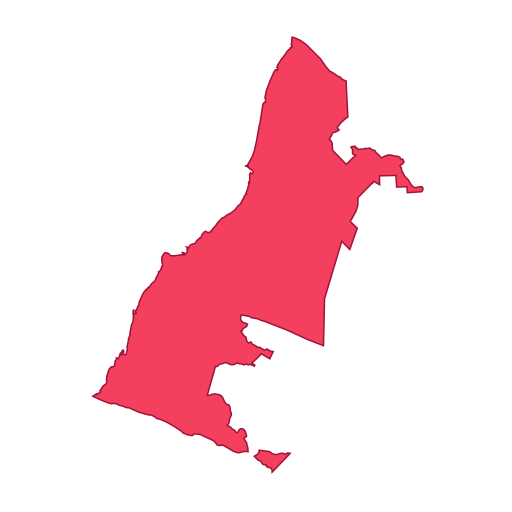 outline of Batu Bara, Sumatera Utara, Indonesia, rotated 267°
{"feature_id": "22746128B96384374000902", "entity_name": "Batu Bara", "entity_type": "district", "adm_level": 2, "iso_a3": "IDN", "parent_name": "Indonesia", "parent_adm1": "Sumatera Utara", "projection": "albers", "projection_center": [99.513, 3.23], "detail": "fine", "context": "isolated", "style": "filled", "palette": "rose", "viewbox_px": 512, "rotation_deg": 267, "n_neighbors": 0, "source": "geoboundaries", "source_scale": "gbopen_adm2", "svg_char_len": 6081}
<svg xmlns="http://www.w3.org/2000/svg" viewBox="0 0 512 512"><g transform="rotate(267 256 256)"><path d="M472.7,303.6L470.3,303.0L466.4,302.7L466.0,302.4L465.5,302.7L465.0,302.3L464.4,302.7L464.0,302.5L463.3,303.1L462.3,302.8L462.4,301.8L461.9,300.9L460.6,300.3L460.2,299.3L457.8,296.9L456.7,296.5L454.1,294.1L453.6,294.2L451.8,292.1L445.1,287.3L443.7,287.3L443.4,286.9L443.2,287.3L442.0,287.5L441.4,286.9L440.5,287.1L440.5,286.3L440.9,285.8L440.8,285.0L438.6,283.4L430.4,279.3L424.9,276.8L424.3,276.8L421.3,275.2L413.7,273.2L411.3,273.9L409.9,273.3L409.1,273.7L408.6,271.9L407.0,270.8L389.2,267.1L385.8,266.0L371.5,262.7L361.9,260.1L355.9,257.7L347.5,252.4L345.7,252.9L346.0,252.0L346.7,251.3L346.6,249.7L345.9,251.6L344.5,253.5L342.9,254.6L343.0,255.1L342.4,256.0L340.9,257.4L339.9,257.6L339.0,257.4L338.3,256.8L338.6,255.9L339.6,254.9L337.5,253.8L335.7,254.0L331.9,253.6L330.6,253.3L330.6,252.8L329.8,252.5L329.1,252.7L328.8,252.5L328.5,253.2L326.7,252.1L323.6,251.2L319.8,249.5L318.4,249.9L318.5,249.1L315.8,247.0L314.2,246.8L313.8,246.1L313.0,246.0L312.6,245.2L310.7,244.4L310.1,243.8L309.2,243.6L306.8,240.5L303.3,237.5L300.0,232.8L299.2,230.6L298.1,228.7L297.1,227.2L296.5,227.0L296.0,224.7L292.3,220.3L287.6,216.6L286.2,214.9L283.4,212.6L283.0,211.8L281.9,211.4L282.1,208.8L283.3,207.2L282.9,205.7L280.4,203.3L277.2,201.9L277.0,200.7L276.4,200.6L275.7,199.1L274.1,197.3L273.3,197.0L272.0,195.8L271.3,194.8L271.5,194.1L270.9,191.9L269.5,190.1L267.8,189.2L267.6,188.4L268.5,187.8L268.6,187.2L267.1,188.3L266.6,188.2L266.3,187.3L264.5,187.9L261.9,186.2L261.2,185.4L261.0,183.7L262.8,184.6L263.4,183.0L263.3,182.6L262.8,183.2L261.8,183.2L261.2,182.1L260.5,174.9L260.7,171.6L261.0,170.4L262.9,169.1L264.1,166.1L264.0,165.2L262.6,163.7L260.0,162.0L256.6,161.7L251.9,162.2L250.8,162.0L250.2,161.2L247.9,160.5L245.3,158.5L245.2,157.7L244.4,157.9L243.7,157.7L238.7,154.7L236.6,154.0L234.4,151.0L233.0,149.6L230.2,147.7L230.0,147.1L230.4,146.8L228.1,144.9L228.3,144.6L225.2,141.7L216.1,136.9L213.3,136.5L212.2,135.5L208.7,134.0L207.6,132.9L206.9,132.8L205.4,133.5L204.9,133.0L205.2,132.1L204.6,131.8L204.1,131.1L204.3,130.7L205.7,130.6L208.3,131.4L208.5,131.1L208.2,130.8L206.5,130.3L201.5,130.4L197.7,129.9L196.1,129.4L194.2,128.2L186.6,126.3L184.9,126.0L184.3,126.2L179.4,124.1L178.8,124.5L177.1,123.8L172.0,122.5L169.3,122.6L164.9,121.1L164.2,120.4L165.0,117.9L164.3,116.6L164.9,116.7L166.2,118.3L167.4,119.1L168.7,118.8L168.9,117.6L167.2,116.9L165.9,115.4L160.9,113.4L161.5,111.3L160.5,111.7L158.8,109.9L153.7,108.9L153.1,108.0L152.9,106.1L152.5,105.1L150.2,103.1L143.9,100.8L140.7,100.3L137.8,100.3L136.1,99.5L134.5,96.9L132.9,95.4L130.4,93.9L129.6,93.9L129.5,93.1L128.3,93.7L127.1,91.8L126.9,90.6L126.3,90.2L126.9,90.0L126.5,89.1L124.5,85.7L120.8,92.6L117.4,99.8L116.0,103.9L116.3,106.1L115.7,108.8L114.0,112.0L113.1,114.9L111.4,118.5L111.0,121.3L106.1,130.9L102.9,140.4L102.7,143.2L100.5,146.7L99.0,148.2L97.7,152.2L95.0,157.7L89.9,165.7L84.9,172.4L83.0,173.9L82.2,176.0L81.0,178.1L80.7,180.2L80.0,182.2L80.0,183.0L81.4,184.9L81.6,185.8L80.6,191.1L73.7,204.0L72.8,204.9L69.7,207.1L69.0,208.0L68.6,209.5L68.9,212.4L68.6,213.5L62.7,222.4L60.8,226.4L60.5,227.8L60.5,229.4L61.5,234.0L61.0,237.9L65.7,237.7L67.1,237.2L70.0,236.8L74.4,234.4L75.0,234.8L75.9,236.6L76.4,237.1L78.1,237.0L81.8,235.9L83.6,234.5L84.3,232.8L84.3,231.9L83.7,230.4L80.8,228.5L80.5,227.3L82.9,225.6L84.7,223.0L86.8,221.2L88.2,218.4L90.6,220.2L95.2,221.3L98.3,223.1L100.6,223.1L102.6,222.3L105.5,222.3L108.2,221.5L108.8,220.9L109.3,219.2L111.1,217.5L116.9,215.0L117.9,214.2L119.0,212.9L119.6,211.4L120.5,207.7L120.4,205.8L119.2,201.3L119.5,200.1L147.8,209.7L147.6,211.1L148.0,212.0L149.5,213.3L151.2,220.4L148.8,225.1L148.7,228.3L150.3,232.0L149.4,232.9L148.8,236.6L147.9,238.0L148.7,240.7L148.0,241.8L147.8,242.6L147.9,245.1L146.0,248.7L147.1,249.1L149.2,246.3L158.0,256.4L152.6,264.4L159.7,268.2L160.0,265.6L160.9,264.8L161.1,263.7L162.5,262.5L162.4,261.6L161.4,259.4L164.1,255.8L164.7,254.3L165.0,252.0L166.4,251.1L166.7,250.2L168.8,247.1L170.3,246.7L170.3,245.9L169.6,244.6L169.6,244.1L170.4,243.1L172.3,242.0L173.4,242.2L175.6,241.7L176.5,240.3L179.7,238.1L181.9,237.0L182.3,238.7L183.5,238.6L184.2,239.1L184.8,240.7L186.3,243.0L188.3,244.0L189.4,242.4L190.0,239.8L191.7,238.2L193.9,237.2L197.3,237.9L197.4,238.3L197.9,238.5L196.0,246.2L194.5,248.6L193.2,254.3L191.5,257.7L190.3,261.2L180.3,283.3L169.9,303.2L162.9,318.7L209.7,322.2L266.2,342.4L257.6,350.0L278.5,358.6L285.5,351.9L294.9,357.9L299.7,359.8L301.3,360.3L309.0,360.9L322.6,375.7L322.4,376.1L324.4,377.4L320.7,383.2L329.6,383.5L329.1,400.0L317.5,400.0L317.3,410.4L311.3,410.4L311.5,424.8L312.9,425.9L314.8,426.3L316.0,425.8L316.7,424.9L316.0,418.6L316.3,417.2L317.9,415.6L319.7,414.4L324.3,411.9L327.6,408.8L332.6,406.5L333.3,405.9L336.1,405.8L338.8,404.4L340.1,406.8L341.8,408.6L343.4,408.3L345.0,407.5L344.7,407.1L345.6,405.3L347.2,404.7L347.4,403.8L348.1,403.1L348.2,401.0L348.7,400.5L348.5,399.2L349.6,397.1L349.7,394.8L350.1,393.2L349.0,391.0L349.2,390.7L349.0,390.4L348.9,389.5L347.4,386.5L348.7,385.0L350.0,384.5L350.4,383.5L351.2,383.3L351.7,382.5L353.8,380.8L355.2,380.2L356.1,377.2L357.8,375.4L357.5,371.8L357.9,370.9L357.3,369.6L357.1,364.0L357.9,362.8L358.7,362.5L359.1,361.5L359.9,360.8L360.4,360.8L360.4,359.2L360.2,357.7L359.7,356.5L357.9,357.7L356.9,357.9L353.2,357.8L352.4,358.5L351.5,360.8L342.8,350.9L357.6,338.0L364.3,338.0L366.9,337.1L368.9,335.2L370.4,336.4L371.5,336.7L372.0,337.7L373.2,337.9L374.8,339.0L375.3,339.6L375.5,341.6L376.1,343.2L377.5,345.6L379.7,343.8L381.6,345.1L384.5,347.7L388.1,352.0L390.0,355.0L426.1,355.1L428.2,350.7L429.6,350.2L431.8,346.4L435.5,341.6L436.6,339.4L441.4,335.7L449.4,330.8L464.3,317.4L469.1,311.5L471.8,306.1L472.7,303.6ZM39.3,260.8L55.0,277.6L57.2,279.8L57.7,277.0L56.4,275.6L57.6,272.8L57.7,270.6L56.7,266.7L56.7,265.1L57.6,262.1L60.0,259.2L61.9,249.0L60.4,248.9L58.0,247.3L56.1,243.8L52.1,247.3L50.8,250.0L47.9,251.6L47.2,253.1L47.0,255.1L45.4,255.3L45.4,256.1L45.1,256.1L44.1,257.1L43.8,259.5L41.6,260.8L39.3,260.8Z" fill="#f43f5e" stroke="#9f1239" stroke-width="1.5"/></g></svg>